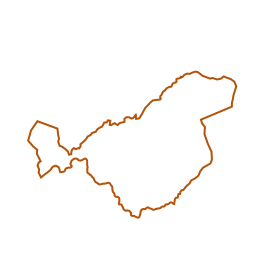 Bangassou, Mbomou, Central African Republic, rotated 20°
{"feature_id": "33826404B81358030227477", "entity_name": "Bangassou", "entity_type": "district", "adm_level": 2, "iso_a3": "CAF", "parent_name": "Central African Republic", "parent_adm1": "Mbomou", "projection": "albers", "projection_center": [23.188, 5.123], "detail": "fine", "context": "isolated", "style": "outline", "palette": "amber", "viewbox_px": 256, "rotation_deg": 20, "n_neighbors": 0, "source": "geoboundaries", "source_scale": "gbopen_adm2", "svg_char_len": 5816}
<svg xmlns="http://www.w3.org/2000/svg" viewBox="0 0 256 256"><g transform="rotate(20 128 128)"><path d="M160.1,61.8L160.5,62.6L159.0,63.9L157.3,64.9L156.8,65.5L157.2,66.7L157.7,67.6L157.3,69.0L156.0,69.6L155.0,70.8L154.7,71.9L154.7,73.4L154.4,74.5L153.0,75.1L150.8,77.3L149.8,80.2L148.4,82.2L148.4,83.5L148.1,85.6L147.5,86.8L147.8,88.3L148.7,89.2L148.5,90.2L142.0,93.5L140.8,95.4L137.3,103.4L136.3,110.3L135.3,114.9L134.4,115.6L132.5,116.7L131.8,115.8L131.5,114.1L130.8,113.0L130.3,114.1L129.5,116.7L128.3,117.9L125.5,117.6L122.9,118.3L121.5,120.6L122.6,123.4L118.4,126.3L117.2,128.8L113.8,128.0L110.9,131.2L109.7,131.3L108.9,127.2L106.4,127.8L106.2,130.0L103.8,131.0L103.2,135.5L101.7,136.9L99.6,139.8L99.0,142.5L96.0,145.0L95.3,147.2L92.9,150.0L92.6,152.0L91.6,154.7L88.9,159.5L89.7,161.5L89.1,163.9L88.1,163.9L86.2,165.8L83.9,165.4L82.8,167.8L83.0,169.9L83.6,172.0L81.8,173.2L79.5,170.6L76.2,169.2L72.7,168.2L69.7,168.0L67.1,164.7L66.8,161.6L64.7,158.3L61.9,152.7L40.6,152.6L37.7,163.5L38.5,174.0L45.0,177.7L50.2,179.6L51.1,183.3L57.3,189.2L55.9,190.9L55.9,194.3L58.8,197.5L59.3,200.5L63.2,204.2L65.3,200.6L67.4,197.5L69.3,194.3L70.5,190.3L71.7,189.1L72.2,188.6L72.5,188.4L73.1,188.2L73.5,188.2L74.0,188.2L74.9,188.4L75.2,188.4L75.7,188.4L75.9,188.5L76.3,188.7L76.6,188.9L77.0,189.3L77.2,189.6L77.7,190.3L78.4,191.4L78.9,192.2L79.0,192.3L79.2,192.5L79.4,192.6L79.7,192.6L80.0,192.6L81.0,191.9L81.3,191.7L82.3,191.2L82.5,191.1L82.8,190.8L83.0,190.4L83.2,190.0L83.3,189.6L83.3,188.4L83.3,187.8L83.5,187.4L83.7,187.0L83.9,186.8L84.8,186.3L85.1,186.0L85.3,185.7L85.7,185.5L86.0,185.4L86.9,185.2L87.3,185.0L87.5,184.9L87.7,184.7L87.9,184.5L88.1,184.0L88.2,183.8L88.2,183.3L88.1,183.1L88.0,182.8L87.8,182.6L87.6,182.5L86.9,182.2L86.6,182.0L86.5,181.9L86.3,181.5L86.2,181.2L86.1,180.9L86.2,179.5L86.1,179.1L86.1,178.6L86.2,178.1L86.6,177.3L87.4,176.0L87.8,175.5L88.4,175.0L89.0,174.7L89.8,174.4L90.1,174.4L90.4,174.4L90.9,174.4L91.2,174.5L91.6,174.7L92.2,175.1L92.6,175.2L92.9,175.2L93.6,175.1L94.1,175.0L94.4,174.9L94.6,174.8L95.1,174.5L95.9,173.7L97.3,172.2L97.7,171.7L98.1,171.5L98.2,171.4L98.4,171.4L98.6,171.3L98.9,171.4L99.1,171.4L99.7,171.7L100.0,171.9L100.2,172.1L100.5,172.3L100.7,172.6L100.9,173.0L101.1,173.4L101.3,173.9L101.7,175.3L102.5,177.1L102.6,177.4L103.2,178.3L103.4,178.5L103.5,178.9L103.6,180.0L104.0,181.0L104.2,181.6L104.7,182.9L104.9,183.4L105.1,183.6L105.2,183.8L105.5,184.0L106.0,184.2L106.8,184.3L107.2,184.4L107.4,184.5L108.0,184.9L108.9,184.9L109.8,185.3L110.0,185.5L110.5,186.0L110.9,186.2L111.5,186.4L112.2,186.6L112.7,186.8L112.9,186.9L113.1,187.1L113.6,187.9L114.4,188.7L115.0,189.2L115.5,189.6L116.0,189.8L116.6,190.0L117.2,190.1L117.8,190.2L118.5,190.3L119.1,190.4L119.6,190.8L120.0,190.9L120.5,190.8L121.1,190.5L121.8,190.1L122.4,189.8L122.9,189.3L123.3,189.0L123.5,188.9L124.5,188.6L124.9,188.4L125.4,188.1L126.0,187.7L126.7,187.3L127.6,186.5L127.8,186.4L128.5,186.1L129.2,186.1L129.4,186.1L129.8,186.3L130.2,186.5L130.7,186.8L131.4,187.5L131.8,187.7L132.7,188.2L133.0,188.5L133.3,188.7L133.5,189.0L133.7,189.4L134.1,190.5L134.3,190.9L134.7,191.5L135.2,192.6L135.3,192.8L135.5,193.0L135.8,193.2L136.2,193.5L136.7,193.7L137.1,194.0L137.3,194.1L137.7,194.5L138.0,194.9L138.4,195.8L138.6,196.1L138.8,196.3L139.3,196.5L139.8,196.6L140.2,196.7L140.6,196.7L140.8,196.6L141.7,196.3L141.9,196.3L142.3,196.3L142.6,196.3L142.9,196.4L143.4,196.7L143.6,196.9L143.8,197.1L144.2,197.7L144.5,198.9L144.9,199.6L145.0,199.9L145.0,200.3L145.1,200.8L145.1,201.9L145.3,202.3L145.4,202.5L145.6,202.7L145.8,202.8L146.0,202.8L147.1,202.3L147.5,202.2L147.9,202.2L148.1,202.3L148.3,202.4L149.1,203.3L149.5,203.7L150.4,204.3L150.8,204.8L151.1,205.3L151.3,205.6L151.5,205.8L151.8,205.9L152.5,206.1L153.1,206.4L153.7,206.6L154.0,206.6L154.3,206.5L154.4,206.4L154.8,206.1L155.2,205.8L155.4,205.8L155.7,205.7L156.0,205.8L156.3,205.7L156.8,205.5L157.1,205.4L157.4,205.4L157.8,205.5L158.1,205.7L158.7,206.1L159.0,206.3L159.5,206.4L159.8,206.5L160.0,206.7L160.1,207.3L160.1,207.8L160.2,208.1L160.3,208.3L160.5,208.6L160.8,208.9L161.1,209.1L161.4,209.2L161.8,209.2L162.1,209.1L163.0,208.7L163.4,208.6L164.0,208.6L165.4,208.8L166.4,208.9L167.1,208.9L167.7,208.9L168.3,208.6L168.8,208.3L168.9,208.0L169.0,207.8L169.1,207.6L169.1,207.4L169.0,206.8L168.9,206.0L168.9,205.6L169.0,204.8L168.9,203.7L168.8,203.3L168.6,203.0L168.5,202.5L168.5,201.6L168.7,201.0L168.6,200.3L168.9,199.9L169.2,199.6L169.5,199.4L169.7,199.1L170.0,198.9L170.4,198.8L170.9,198.8L172.1,198.1L172.4,197.7L172.7,196.9L173.0,196.3L173.5,196.0L173.9,195.8L174.5,195.8L175.1,195.9L175.6,196.1L175.9,196.1L176.4,196.1L177.5,195.9L177.9,195.9L178.4,196.1L178.8,196.2L179.5,196.2L180.1,196.0L180.7,195.7L181.2,195.3L181.9,194.4L182.0,194.4L182.3,194.3L182.8,194.2L183.0,194.0L183.2,193.8L183.4,193.5L183.7,193.3L184.1,193.1L184.6,193.0L185.1,192.7L185.7,192.2L186.0,191.8L186.3,191.0L186.9,190.3L187.3,190.0L187.9,189.9L188.3,189.7L188.6,189.5L188.9,189.1L189.2,188.7L189.3,188.3L189.3,187.9L189.4,187.3L189.7,186.9L190.0,186.7L190.3,186.6L190.6,186.6L190.8,186.6L191.3,186.1L191.6,185.8L192.1,185.3L192.5,184.9L192.8,184.3L193.0,183.8L193.3,183.4L193.7,183.2L194.2,183.1L194.6,183.1L195.0,183.2L196.1,183.6L196.5,183.7L197.0,183.7L197.4,183.6L196.4,178.9L197.0,177.1L198.5,176.4L198.4,175.2L198.1,173.9L198.1,172.7L199.4,172.2L199.1,169.8L199.7,168.1L201.2,167.3L202.7,162.7L204.9,158.9L205.2,155.8L208.4,152.2L210.5,148.6L210.7,143.9L212.0,139.7L217.6,133.2L217.7,129.2L216.8,126.9L214.5,121.6L208.7,115.8L202.0,107.7L199.9,100.7L196.0,98.3L193.7,95.2L218.3,72.4L217.1,69.1L216.7,65.3L215.9,61.1L215.5,51.7L212.1,48.1L207.8,46.9L202.2,46.9L200.3,46.8L198.4,49.9L195.2,51.9L190.2,52.1L188.4,53.5L180.1,53.4L174.5,51.6L172.0,52.0L169.3,54.1L167.6,56.0L165.0,56.7L162.9,58.6L161.7,61.5L160.1,61.8Z" fill="none" stroke="#b45309" stroke-width="2"/></g></svg>